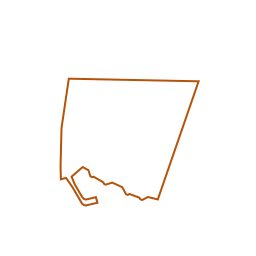 outline of 7, Ad Dawhah, Qatar, rotated 143°
{"feature_id": "91078587B12539996095468", "entity_name": "7", "entity_type": "district", "adm_level": 2, "iso_a3": "QAT", "parent_name": "Qatar", "parent_adm1": "Ad Dawhah", "projection": "natural_earth1", "projection_center": [51.551, 25.287], "detail": "fine", "context": "isolated", "style": "outline", "palette": "amber", "viewbox_px": 256, "rotation_deg": 143, "n_neighbors": 0, "source": "geoboundaries", "source_scale": "gbopen_adm2", "svg_char_len": 598}
<svg xmlns="http://www.w3.org/2000/svg" viewBox="0 0 256 256"><g transform="rotate(143 128 128)"><path d="M43.5,122.8L145.6,203.0L181.1,168.0L204.3,138.8L212.5,127.4L207.5,125.4L208.0,113.7L210.2,95.4L209.7,93.1L208.4,91.6L197.4,86.7L195.3,92.1L203.8,95.8L205.1,96.6L205.9,98.1L206.1,99.6L206.0,101.6L204.4,115.4L202.3,123.1L187.7,124.1L185.0,118.1L187.1,112.1L186.2,110.2L184.8,109.8L180.4,99.5L180.8,98.1L180.1,96.3L173.4,93.8L168.2,84.2L169.4,76.3L168.3,74.6L166.5,74.4L160.9,65.6L161.1,63.7L160.0,62.0L153.6,60.9L147.2,53.0L43.5,122.8Z" fill="none" stroke="#b45309" stroke-width="2"/></g></svg>